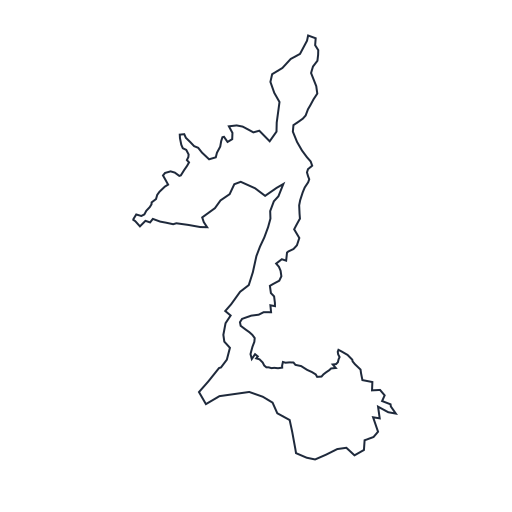 Choli, Paphos, Cyprus (Mercator projection), rotated 262°
{"feature_id": "46923920B7711307897542", "entity_name": "Choli", "entity_type": "district", "adm_level": 2, "iso_a3": "CYP", "parent_name": "Cyprus", "parent_adm1": "Paphos", "projection": "mercator", "projection_center": [32.456, 34.982], "detail": "fine", "context": "isolated", "style": "outline", "palette": "slate", "viewbox_px": 512, "rotation_deg": 262, "n_neighbors": 0, "source": "geoboundaries", "source_scale": "gbopen_adm2", "svg_char_len": 3356}
<svg xmlns="http://www.w3.org/2000/svg" viewBox="0 0 512 512"><g transform="rotate(262 256 256)"><path d="M308.9,139.5L307.3,141.3L301.5,145.2L306.2,151.4L304.0,155.8L307.1,159.0L303.4,165.9L301.6,171.3L299.0,178.4L299.5,181.7L296.2,193.3L292.4,204.9L291.3,211.6L296.8,209.0L301.7,208.1L309.1,222.0L316.0,228.6L320.9,238.5L330.1,244.5L331.6,251.2L323.2,264.5L314.3,273.4L320.6,285.9L323.5,293.1L312.0,286.5L307.7,281.3L298.5,276.3L291.0,275.5L282.9,272.0L273.2,266.8L264.8,261.3L255.9,256.4L240.3,250.6L228.2,244.8L222.8,235.3L211.6,224.6L205.8,217.9L200.6,222.6L193.7,216.5L182.5,212.7L175.6,212.7L168.7,217.4L157.4,212.7L150.5,205.8L150.2,203.8L138.4,191.3L129.2,180.6L116.3,185.8L122.3,200.3L122.3,222.3L122.3,230.4L115.7,243.1L108.5,252.0L97.3,255.2L88.9,266.5L79.3,267.2L76.3,267.4L59.4,268.1L55.2,268.2L49.2,278.1L46.3,286.2L49.3,297.0L49.5,297.7L53.5,309.6L53.5,318.8L44.9,325.8L48.9,335.9L58.4,337.9L60.4,347.2L65.0,352.4L80.0,349.5L78.0,355.9L89.8,355.9L82.9,365.2L80.5,372.5L88.2,368.6L89.9,368.6L90.4,368.6L94.8,360.7L100.1,364.0L106.1,360.2L106.8,352.2L115.0,353.7L118.3,344.1L125.3,343.7L129.0,343.7L135.1,338.9L138.2,337.0L139.9,336.9L145.3,332.9L149.6,327.4L151.6,324.6L149.7,323.6L147.1,323.7L144.3,324.7L142.2,323.4L139.4,322.3L137.8,320.2L137.9,316.9L134.0,319.4L134.2,314.7L132.7,312.6L131.5,310.1L131.0,309.1L129.4,306.3L127.5,304.1L127.6,302.3L127.8,299.7L130.4,298.7L133.3,295.2L136.1,290.8L140.7,285.4L142.7,279.9L145.3,278.3L146.0,274.3L146.2,270.4L147.3,267.9L143.8,266.6L141.8,266.4L141.8,262.2L142.7,258.6L142.8,255.7L144.0,253.0L144.3,250.8L146.4,248.9L149.6,247.8L153.2,245.1L154.6,242.0L156.3,243.8L158.9,241.4L154.6,237.5L159.6,236.9L162.3,238.0L166.7,239.9L171.2,242.4L174.9,243.3L178.4,241.4L181.4,238.9L184.8,235.3L189.0,231.1L192.7,230.9L195.7,233.5L197.6,243.0L197.5,250.5L199.3,255.8L198.2,263.1L205.2,263.4L203.7,267.8L207.0,268.2L213.5,268.3L217.2,265.6L224.5,265.6L226.0,269.3L228.3,275.6L232.4,278.3L237.9,278.3L242.1,277.2L245.7,274.9L249.2,281.1L247.2,285.2L255.1,287.2L256.0,288.7L257.7,294.1L260.9,298.0L267.8,301.4L277.1,297.5L280.9,300.2L286.0,304.0L286.8,304.7L291.7,305.0L300.2,305.8L305.1,307.5L312.5,311.1L317.1,313.8L321.7,317.9L324.6,319.4L327.6,318.7L331.7,318.1L334.8,319.6L337.6,324.2L342.0,323.3L346.9,320.1L354.1,316.2L363.3,312.5L374.0,309.8L380.4,311.3L383.2,317.1L385.5,321.5L388.2,324.7L394.1,327.9L397.6,330.7L403.2,334.8L408.3,339.3L415.8,339.3L429.5,336.0L431.8,337.0L435.7,338.8L440.8,344.0L446.5,345.5L451.2,346.3L456.5,343.9L463.3,345.4L467.1,338.3L462.1,336.5L450.0,327.7L446.3,317.8L438.5,308.3L433.8,297.3L426.4,294.5L415.0,296.8L405.2,300.7L385.3,295.1L376.3,293.6L367.7,285.5L379.6,276.7L378.8,270.6L381.8,266.6L386.0,260.8L388.0,255.0L388.2,247.2L381.2,249.8L375.0,248.7L372.9,243.7L378.5,240.9L378.3,239.3L374.6,237.5L369.3,235.8L363.7,231.7L359.3,229.9L358.3,223.0L365.9,216.9L371.2,213.8L373.4,210.0L377.9,206.8L382.8,203.0L386.6,201.9L386.8,197.4L383.3,197.1L376.6,197.5L372.9,198.5L370.8,201.7L365.9,203.4L363.4,202.8L360.6,200.9L358.0,202.7L355.0,200.4L351.2,196.9L346.3,192.8L346.0,191.2L349.9,187.2L351.7,183.2L350.9,177.5L348.7,175.1L343.9,177.0L338.9,178.9L337.4,175.4L333.1,169.4L330.3,166.7L326.3,164.9L323.6,160.1L321.7,159.7L319.2,157.6L316.1,153.7L312.7,151.2L311.6,147.9L313.8,143.2L309.7,139.8L308.9,139.5Z" fill="none" stroke="#1e293b" stroke-width="2"/></g></svg>